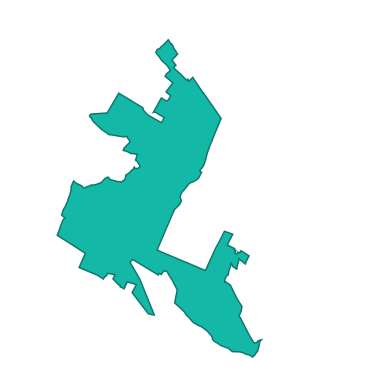 outline of Sacalum, Yucatán, Mexico, rotated 204°
{"feature_id": "50627088B66414175482528", "entity_name": "Sacalum", "entity_type": "district", "adm_level": 2, "iso_a3": "MEX", "parent_name": "Mexico", "parent_adm1": "Yucatán", "projection": "robinson", "projection_center": [-89.63, 20.506], "detail": "fine", "context": "isolated", "style": "filled", "palette": "teal", "viewbox_px": 384, "rotation_deg": 204, "n_neighbors": 0, "source": "geoboundaries", "source_scale": "gbopen_adm2", "svg_char_len": 5246}
<svg xmlns="http://www.w3.org/2000/svg" viewBox="0 0 384 384"><g transform="rotate(204 192 192)"><path d="M68.6,85.1L70.3,83.8L70.8,83.0L71.4,82.2L71.8,80.6L72.2,80.3L73.9,79.3L79.8,83.3L81.8,84.8L97.8,97.6L98.8,98.5L98.5,100.1L98.7,102.8L98.7,103.3L99.5,106.5L99.6,107.3L99.8,107.7L107.4,112.8L117.8,121.5L118.0,121.7L118.3,122.0L118.8,122.3L119.4,122.6L120.3,122.9L123.6,123.3L124.9,123.8L125.6,123.1L126.3,124.9L126.4,125.7L126.5,127.5L126.0,130.0L125.2,131.0L126.2,134.8L126.5,137.8L126.8,141.0L126.9,141.6L127.3,142.7L125.9,141.9L124.4,140.6L121.2,139.9L120.3,139.8L119.7,139.9L120.6,142.8L120.8,143.9L121.0,146.5L121.8,150.2L120.6,149.7L120.4,149.6L120.2,149.6L114.0,147.9L114.2,151.6L113.9,156.8L118.6,157.6L120.8,158.0L121.0,158.0L121.3,158.0L123.5,158.2L123.6,155.7L125.7,155.8L125.8,153.5L128.2,153.6L128.1,156.5L130.3,156.6L130.2,157.7L132.2,157.7L134.4,157.8L138.2,158.0L138.2,158.3L137.6,170.0L146.4,169.3L146.4,168.1L146.5,166.9L146.5,165.3L146.6,164.1L146.6,163.4L146.7,162.2L146.8,160.3L146.9,157.7L147.5,151.3L147.6,148.1L147.8,125.8L153.5,125.6L167.4,125.4L169.5,125.3L182.0,125.0L200.3,124.7L200.6,144.2L200.9,168.2L201.1,168.2L198.2,175.7L198.2,176.0L198.2,177.2L198.2,177.7L198.0,179.3L200.3,182.1L201.0,183.3L201.3,185.4L201.1,187.3L200.9,188.3L200.5,189.7L199.8,191.6L198.2,198.0L197.7,199.1L194.8,202.2L193.3,204.2L192.1,206.0L191.7,207.2L191.4,209.5L191.5,211.0L191.2,213.8L193.7,214.7L192.6,218.4L192.2,220.6L192.5,225.9L193.9,233.8L194.6,244.0L194.8,245.1L194.5,245.8L194.9,252.5L194.9,253.0L195.3,270.6L195.3,271.0L221.9,287.2L222.0,287.0L222.4,287.2L222.9,287.5L223.3,287.8L223.8,288.1L224.2,288.4L224.7,288.6L225.1,288.9L225.6,289.2L226.0,289.5L226.5,289.8L226.9,290.0L227.4,290.3L227.9,290.6L228.3,290.9L228.8,291.2L229.3,291.5L229.7,291.8L230.4,292.2L230.5,292.3L235.1,295.1L236.4,296.0L237.9,297.0L239.9,291.9L241.8,293.3L242.3,291.9L251.1,295.3L255.2,296.6L259.6,298.1L258.2,301.2L263.9,304.4L261.2,312.1L266.7,315.7L268.2,316.6L268.1,317.2L270.9,319.0L271.2,318.5L275.6,321.4L276.7,318.0L278.2,314.2L279.4,311.8L279.8,310.0L280.5,309.4L281.0,308.8L281.6,308.0L281.8,307.5L281.7,306.8L281.6,305.8L282.0,304.9L279.6,303.6L272.9,299.7L267.7,298.0L266.7,297.7L266.3,297.5L261.2,294.3L263.4,289.3L263.6,286.7L258.2,285.2L253.9,283.8L256.4,272.9L250.7,271.3L250.6,269.1L250.7,268.0L250.9,268.0L250.8,267.5L251.3,266.3L251.4,266.1L251.3,265.8L251.9,265.0L253.1,264.8L258.3,265.4L259.7,249.0L258.8,249.8L256.8,249.9L254.2,249.5L251.3,249.0L251.2,249.2L248.0,248.8L247.7,245.3L248.2,242.9L254.7,243.5L262.3,244.3L262.6,244.3L263.3,244.4L266.4,245.5L267.4,246.1L269.1,246.6L271.0,248.8L271.5,249.0L280.2,250.1L299.1,252.5L301.6,229.7L316.0,222.1L316.7,220.2L315.5,218.9L314.6,218.8L314.2,218.9L312.2,217.1L310.6,216.1L300.3,212.4L290.9,210.7L290.9,210.9L285.9,212.2L277.0,214.5L274.4,216.2L273.7,216.1L272.9,215.1L270.7,214.1L269.1,212.5L269.7,210.4L271.3,205.9L271.9,204.9L271.9,204.1L271.9,202.2L271.0,202.0L269.5,202.5L266.7,202.6L263.7,202.3L261.6,203.0L260.1,203.4L257.8,204.0L257.4,204.2L256.6,199.7L256.9,198.8L256.3,198.0L255.8,198.2L255.7,198.3L252.0,196.0L250.5,194.9L249.7,193.7L251.0,191.7L251.1,191.4L253.2,190.6L253.5,190.6L254.3,190.7L254.9,191.2L254.9,189.2L255.8,187.4L256.4,186.5L256.6,185.4L256.7,184.7L258.9,181.1L259.4,180.6L259.0,179.5L258.7,177.8L258.4,177.4L258.4,176.5L259.3,174.0L259.7,173.9L260.0,173.6L260.3,172.5L262.3,172.1L264.3,171.2L271.3,170.2L272.0,169.9L273.9,171.4L275.3,171.2L275.7,170.4L276.7,169.4L277.0,168.9L277.8,166.5L278.1,165.4L278.8,163.6L279.8,162.7L280.4,162.2L280.8,161.4L285.7,157.6L286.8,157.6L288.2,155.6L288.7,155.2L289.3,154.9L289.8,154.5L290.3,153.7L290.8,153.3L291.2,152.7L291.7,152.1L292.0,151.8L292.6,151.7L293.8,152.1L295.6,152.8L297.4,152.8L298.5,152.8L301.2,152.9L304.6,153.9L304.7,150.4L304.5,149.2L304.7,147.6L303.6,145.9L302.8,141.6L302.5,140.3L302.3,138.0L302.3,136.9L302.2,134.8L301.9,133.0L301.8,131.8L302.0,130.2L301.8,128.7L302.0,126.4L302.4,123.0L301.8,119.3L301.9,118.1L299.3,117.0L297.5,116.7L298.5,113.8L298.4,110.9L298.2,107.0L297.8,103.4L297.6,99.5L297.6,98.5L297.2,98.0L297.3,97.6L288.5,96.3L277.3,94.6L264.5,92.6L264.4,77.1L244.7,77.5L237.9,76.6L237.5,76.5L237.4,78.4L236.1,80.9L236.0,83.4L228.7,85.2L228.8,80.4L221.2,77.4L219.4,77.3L219.3,77.2L219.1,76.2L218.2,76.2L214.6,76.0L214.7,83.5L205.1,84.8L205.8,75.8L191.1,67.7L182.4,63.0L177.9,63.8L176.4,64.3L204.3,91.2L220.1,102.7L219.5,104.5L218.8,105.6L218.8,106.2L189.0,102.5L189.0,104.3L186.5,104.1L186.0,106.8L185.6,107.9L185.7,108.7L182.6,109.2L177.3,105.4L174.0,103.3L172.4,101.9L171.7,101.4L171.2,100.9L170.1,100.1L168.5,98.9L165.6,96.4L164.6,91.8L163.8,88.2L162.7,83.6L154.9,81.1L149.8,79.2L148.9,78.4L146.0,76.8L144.2,76.3L138.8,73.7L136.9,73.2L132.3,72.8L128.1,72.7L121.7,71.2L116.9,69.0L116.6,68.9L114.9,67.9L114.3,67.1L114.2,67.0L113.5,66.1L113.4,66.1L113.0,65.6L112.1,65.4L111.4,64.7L107.7,64.3L106.3,64.3L105.4,63.8L101.7,63.5L99.1,63.8L97.4,63.7L95.4,64.0L94.4,63.8L90.2,62.6L83.3,65.4L81.2,65.8L80.1,65.8L78.7,66.1L77.5,65.7L77.1,65.8L76.1,65.9L75.0,66.1L74.6,66.3L73.8,66.4L73.3,66.3L72.6,66.2L71.2,66.3L69.6,65.7L68.2,69.0L68.1,70.6L67.3,73.5L67.7,75.4L67.9,77.1L68.4,79.7L68.9,81.1L69.0,82.8L69.0,83.9L68.6,85.1Z" fill="#14b8a6" stroke="#0f766e" stroke-width="1.5"/></g></svg>